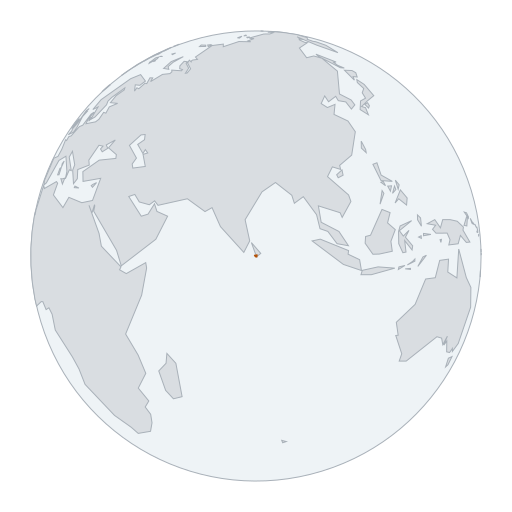 Gālla on an orthographic globe, rotated 343°
{"feature_id": "LKA-2464", "entity_name": "Gālla", "entity_type": "District", "adm_level": 1, "iso_a3": "LKA", "parent_name": "Sri Lanka", "parent_adm1": "", "projection": "orthographic", "projection_center": [80.274, 6.202], "detail": "coarse", "context": "on_globe", "style": "filled", "palette": "amber", "viewbox_px": 512, "rotation_deg": 343, "n_neighbors": 0, "source": "natural_earth", "source_scale": "10m", "svg_char_len": 8585}
<svg xmlns="http://www.w3.org/2000/svg" viewBox="0 0 512 512"><g transform="rotate(343 256 256)"><circle cx="256" cy="256" r="225" fill="#eef3f6" stroke="#a8b0b8"/><path d="M347.0,49.9L345.5,49.3L349.9,51.3L335.7,45.5L342.1,47.8L347.0,49.9ZM328.4,42.9L326.2,42.2L326.7,42.3L328.4,42.9ZM56.4,151.5L73.6,126.4L73.4,129.6L86.9,126.5L87.6,128.4L80.1,138.4L85.5,153.3L94.2,145.2L105.0,154.1L115.9,155.1L130.2,136.3L112.4,134.1L115.1,124.7L134.1,118.5L150.5,121.7L152.1,118.2L146.6,109.4L155.4,103.9L145.3,106.0L145.7,109.7L139.4,111.4L138.6,108.2L141.8,106.2L138.2,104.2L124.2,115.4L123.1,120.3L110.8,121.2L107.7,129.9L102.6,133.5L105.8,120.3L109.3,115.8L111.1,102.2L106.3,106.8L104.3,120.3L102.7,119.0L96.2,126.5L99.9,119.8L103.4,105.0L95.5,107.0L76.9,124.8L74.1,126.0L75.8,121.9L91.3,103.3L95.7,102.9L101.3,97.4L107.9,89.2L108.6,90.2L111.9,87.1L114.3,87.1L125.0,80.6L128.5,80.3L139.8,72.1L143.2,71.1L135.5,76.1L132.1,79.8L141.8,80.8L145.8,79.3L152.3,74.1L154.2,75.5L159.3,70.5L168.3,69.6L161.6,66.8L169.1,61.8L178.5,58.7L179.7,56.9L164.6,62.1L159.6,64.7L157.3,67.7L142.7,76.0L137.8,77.1L148.5,67.3L142.8,68.2L153.6,61.2L188.0,49.8L198.7,48.8L201.4,56.4L194.8,58.8L190.6,57.0L188.0,62.8L191.3,60.3L192.8,61.8L200.4,58.3L201.9,59.2L206.7,54.6L209.3,55.5L206.2,58.4L219.7,55.0L227.0,56.4L229.4,55.3L229.8,53.6L238.9,57.1L240.2,56.2L237.8,54.6L238.8,51.9L244.2,48.8L247.0,50.1L245.5,51.4L246.5,56.7L241.9,60.6L243.6,60.9L248.2,57.9L247.0,51.4L249.5,49.2L251.0,51.9L250.7,50.7L252.8,50.1L257.5,50.9L256.3,48.0L275.6,41.9L286.7,43.8L285.9,46.3L302.4,45.9L313.6,49.6L311.3,47.9L317.7,47.5L314.3,46.3L313.6,45.6L328.4,46.0L334.1,47.7L337.8,47.5L336.7,46.8L332.7,45.4L335.7,45.5L349.9,51.3L351.9,52.4L359.4,55.9L362.8,58.2L369.0,62.3L368.3,63.7L373.3,67.4L375.7,68.5L384.4,74.9L393.8,85.5L375.6,72.0L359.3,58.4L365.0,63.1L360.6,60.9L360.7,62.0L365.0,65.9L367.5,67.0L358.3,69.8L362.4,81.2L369.7,81.6L376.8,86.1L387.9,103.0L383.2,125.5L392.6,134.6L394.7,140.4L390.2,143.4L386.9,134.9L380.1,131.5L378.9,126.6L370.5,129.7L368.5,123.0L362.9,129.3L367.7,134.9L375.9,134.1L372.0,143.4L383.4,153.8L387.3,166.2L377.0,187.5L362.5,193.8L362.2,197.9L355.1,193.1L347.6,201.0L362.4,224.7L362.7,231.6L349.7,244.3L349.1,239.2L330.3,226.3L328.2,242.8L342.5,256.8L347.4,273.2L337.1,267.9L331.9,253.5L325.2,248.6L326.0,234.2L318.6,213.1L308.1,216.8L308.0,208.4L296.1,191.4L280.5,196.4L256.2,218.1L254.4,239.7L245.4,249.0L230.6,217.5L228.1,196.9L220.2,198.6L207.1,181.2L177.1,178.9L175.2,173.6L169.0,175.8L160.2,170.2L158.1,161.7L151.7,161.9L157.9,184.4L165.0,184.4L174.2,176.4L174.3,184.4L183.1,192.1L165.1,210.7L124.3,226.0L124.3,209.8L113.9,165.7L116.4,161.1L116.5,160.6L116.6,159.7L111.6,167.0L111.1,158.7L112.5,188.5L111.0,201.4L123.7,226.9L121.5,229.3L126.8,234.9L148.6,230.1L147.9,235.5L135.2,260.0L108.5,292.5L114.3,316.2L116.3,336.0L104.8,347.9L111.1,363.3L105.9,368.0L109.0,376.6L107.8,385.1L103.9,392.8L91.5,391.2L86.6,383.3L74.1,367.1L55.0,328.8L53.7,312.2L50.9,298.7L42.4,268.1L44.0,252.1L42.8,245.0L39.6,245.9L38.8,237.4L37.3,236.8L31.5,239.7L32.0,232.4L34.4,215.6L38.1,199.0L43.0,182.7L49.1,166.9L56.4,151.5ZM58.7,148.4L56.5,152.4L58.7,148.4ZM163.9,135.9L176.3,138.0L177.7,125.8L182.6,125.8L181.3,121.9L177.8,124.9L175.5,114.7L183.4,112.2L185.5,107.4L181.4,106.6L167.3,113.2L170.3,127.4L164.5,131.8L163.9,135.9ZM127.3,72.8L125.7,74.5L121.2,77.7L116.7,79.9L123.2,75.1L127.3,72.8ZM124.5,76.5L136.3,67.3L139.6,66.2L135.7,68.3L136.7,68.5L130.8,72.0L122.3,80.7L117.8,84.2L112.0,85.1L116.4,82.6L117.7,80.7L124.5,76.5ZM166.0,49.5L166.3,49.9L161.5,52.1L156.7,53.9L159.5,52.4L159.8,52.3L160.8,51.8L163.9,50.4L166.0,49.5ZM236.2,31.6L229.2,32.4L232.9,32.0L233.5,32.3L228.0,33.2L227.7,32.9L221.9,34.5L218.2,34.6L217.8,34.8L212.7,35.5L205.9,37.0L205.0,36.9L202.7,37.6L199.3,38.3L195.9,39.3L193.2,39.8L188.7,41.2L190.0,40.7L183.0,43.0L187.0,41.6L183.0,42.9L181.3,43.6L179.9,44.0L198.3,38.2L217.1,34.1L236.2,31.6ZM244.6,31.0L244.0,31.0L238.3,31.4L244.6,31.0ZM92.0,125.0L93.2,125.6L95.9,125.6L91.9,130.6L92.0,125.0ZM94.1,114.9L95.7,114.4L91.3,120.8L90.0,120.4L94.1,114.9ZM100.4,109.1L96.1,113.9L97.7,111.0L100.4,109.1ZM137.4,75.6L139.6,75.2L138.4,76.4L135.4,78.2L137.4,75.6ZM210.1,40.5L210.9,39.6L212.4,39.3L218.0,37.2L221.2,37.3L219.1,38.6L210.1,40.5ZM125.0,139.2L119.7,142.5L119.0,140.5L121.0,139.8L125.0,139.2ZM103.3,136.2L106.5,139.2L102.2,137.5L103.3,136.2ZM214.6,40.2L216.5,39.2L216.9,39.9L214.6,40.2ZM223.9,37.3L225.0,37.9L222.3,37.1L223.9,37.3ZM226.7,439.8L230.7,442.3L226.9,442.4L226.7,439.8ZM148.0,335.2L144.2,368.9L135.3,368.4L130.3,358.1L129.4,337.5L138.6,332.3L142.3,323.1L148.0,335.2ZM394.9,311.9L400.1,313.0L399.8,314.0L394.9,311.9ZM389.5,308.2L395.7,308.6L388.2,310.5L389.5,308.2ZM398.1,308.8L404.3,306.9L407.1,305.3L406.4,307.4L398.1,308.8ZM385.2,308.2L360.8,307.6L350.9,304.6L353.5,300.8L369.6,302.1L385.2,308.2ZM352.6,300.7L337.1,289.6L314.1,258.0L322.4,258.7L346.1,277.9L344.6,281.2L354.0,289.8L352.6,300.7ZM389.3,281.4L387.7,291.3L374.5,290.2L368.3,288.5L364.1,275.7L366.5,269.4L371.6,269.6L390.1,248.3L396.9,253.7L391.5,262.8L396.9,271.5L389.3,281.4ZM255.5,241.8L261.3,254.9L256.3,256.9L255.5,241.8ZM396.6,233.5L389.8,242.7L395.7,230.3L396.6,233.5ZM399.5,221.9L400.4,226.6L397.0,222.0L399.5,221.9ZM362.9,204.2L357.5,205.2L356.9,201.9L363.4,198.8L362.9,204.2ZM390.2,176.9L392.0,186.2L391.6,189.4L388.3,183.6L390.2,176.9ZM244.8,44.1L233.4,46.5L227.3,49.2L227.2,52.0L222.5,49.6L231.8,45.3L244.8,44.1ZM271.5,41.8L271.5,40.1L274.7,40.7L275.2,41.2L271.5,41.8ZM269.2,40.9L263.2,39.2L265.3,38.2L269.6,39.7L269.2,40.9ZM238.5,38.4L234.9,39.0L234.6,38.3L238.5,38.4ZM404.9,417.5L410.1,410.0L414.0,409.5L407.8,416.1L404.9,417.5ZM405.4,386.1L368.9,400.4L362.2,398.4L366.8,392.1L366.4,372.9L368.8,373.3L370.8,360.4L394.0,348.8L411.5,327.6L421.1,329.2L430.4,313.9L439.2,315.3L434.7,327.4L441.7,335.7L451.9,308.6L450.8,338.1L452.3,348.9L446.3,367.7L423.8,398.8L415.9,404.7L416.8,401.8L412.9,404.9L410.3,403.4L413.6,393.1L409.5,396.2L415.6,388.6L408.7,395.4L409.5,388.8L405.4,386.1ZM466.3,335.5L466.2,336.4L464.3,341.7L464.6,340.6L466.3,335.5ZM472.4,318.6L471.8,320.5L471.6,321.1L472.4,318.6ZM472.5,317.9L473.3,315.0L472.5,318.0L472.5,317.9ZM474.8,301.6L475.3,300.1L475.2,301.3L474.8,301.6ZM407.7,313.3L415.4,305.7L419.2,305.1L407.7,313.3ZM474.9,298.3L474.3,297.9L474.6,296.4L474.9,298.3ZM475.5,294.7L475.7,292.5L475.4,297.7L475.5,294.7ZM474.6,289.5L475.2,293.6L474.5,290.0L474.6,289.5ZM473.9,290.0L473.3,288.1L473.4,287.5L473.9,290.0ZM461.5,291.8L464.6,305.2L461.1,304.5L457.5,296.1L452.9,303.4L443.6,301.8L446.3,297.2L445.5,290.0L434.8,286.8L432.6,282.1L436.8,279.1L429.2,275.2L437.6,273.5L440.6,283.0L445.2,275.8L452.3,278.0L458.6,281.6L462.8,289.0L461.5,291.8ZM436.8,294.2L438.2,294.3L436.8,297.1L436.8,294.2ZM471.9,282.6L472.9,287.5L472.7,288.6L472.1,287.8L471.9,282.6ZM463.9,287.5L468.8,280.1L469.7,280.3L466.4,288.9L463.9,287.5ZM468.0,274.9L469.9,276.2L470.6,280.7L470.2,281.9L468.0,274.9ZM419.8,284.9L419.3,287.5L417.0,285.4L419.8,284.9ZM422.8,283.4L429.6,286.5L422.1,285.6L422.8,283.4ZM400.5,273.7L402.7,280.0L409.8,276.2L404.4,281.7L408.8,292.1L407.0,295.9L402.7,284.7L400.6,296.1L397.4,295.8L396.1,286.0L399.5,274.2L402.6,269.4L415.2,267.7L400.5,273.7ZM422.9,275.9L421.1,268.6L422.4,263.9L424.5,267.7L422.9,275.9ZM414.9,251.3L409.2,243.0L404.5,246.0L413.4,235.0L417.5,244.7L414.9,251.3ZM409.2,233.3L404.9,236.0L408.9,229.6L409.2,233.3ZM403.5,233.3L402.4,227.7L406.1,228.5L403.5,233.3ZM411.5,233.7L411.4,224.2L413.7,229.8L411.5,233.7ZM399.3,215.2L408.2,224.5L397.6,220.4L394.6,202.5L398.9,202.2L399.3,215.2ZM406.9,147.4L404.4,142.8L407.5,142.0L408.4,145.4L406.9,147.4ZM415.5,137.1L407.5,140.4L400.7,143.9L404.1,146.2L404.8,153.8L398.4,146.4L401.3,138.3L406.9,137.1L405.3,131.0L408.0,127.3L403.6,119.7L404.0,116.8L409.6,123.5L415.5,137.1ZM401.5,116.6L394.9,104.2L402.0,106.7L405.0,109.9L405.1,114.4L401.3,112.8L401.5,116.6ZM395.4,102.1L391.7,100.6L374.2,83.4L372.3,80.5L389.3,93.9L386.8,93.4L389.8,97.5L395.4,102.1ZM328.2,43.0L326.4,42.3L328.9,43.1L328.2,43.0ZM311.6,44.9L311.2,44.1L314.1,44.7L311.6,44.9ZM311.6,42.3L308.6,42.0L310.6,41.7L311.6,42.3ZM302.0,41.9L306.8,41.7L303.9,42.8L302.0,41.9Z" fill="#d9dde1" stroke="#a8b0b8" stroke-width="1"/><path d="M256.4,256.9L256.2,256.9L255.9,256.8L255.8,256.7L255.7,256.7L255.3,256.3L255.1,255.7L255.0,255.4L254.9,255.2L255.0,255.1L255.3,255.3L255.5,255.4L255.9,255.3L256.1,255.5L256.1,255.3L256.3,255.2L256.5,255.2L256.8,255.3L256.7,255.4L256.8,255.6L256.7,255.6L256.4,255.5L256.6,255.7L256.6,255.9L256.4,255.9L256.5,256.0L256.4,256.2L256.5,256.3L256.5,256.6L256.5,256.8L256.4,256.8L256.4,256.9Z" fill="#f59e0b" stroke="#b45309" stroke-width="1.5"/></g></svg>